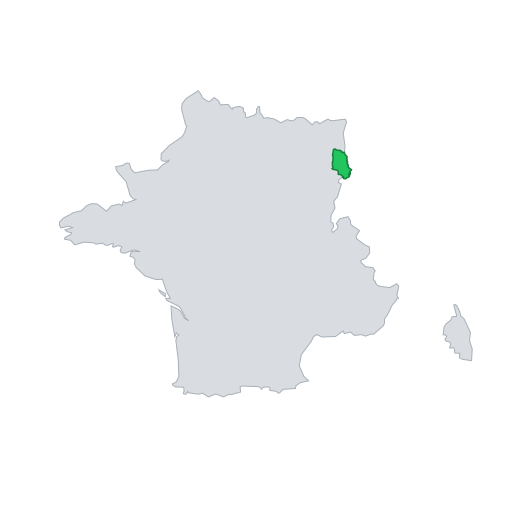 where Haute-Rhin sits in France, rotated 339°
{"feature_id": "FRA-5296", "entity_name": "Haute-Rhin", "entity_type": "Metropolitan department", "adm_level": 1, "iso_a3": "FRA", "parent_name": "France", "parent_adm1": "", "projection": "albers", "projection_center": [7.305, 47.86], "detail": "fine", "context": "in_parent", "style": "filled", "palette": "green", "viewbox_px": 512, "rotation_deg": 339, "n_neighbors": 0, "source": "natural_earth", "source_scale": "10m", "svg_char_len": 5695}
<svg xmlns="http://www.w3.org/2000/svg" viewBox="0 0 512 512"><g transform="rotate(339 256 256)"><path d="M376.4,209.8L373.5,211.4L371.7,214.7L369.8,215.5L366.5,215.5L364.8,213.4L360.8,214.7L359.1,216.9L361.5,219.4L353.3,230.0L348.2,232.7L347.0,239.6L340.8,244.7L338.4,250.1L338.2,251.2L339.7,253.0L339.0,256.6L335.8,258.8L335.8,261.1L336.7,261.4L341.5,259.7L343.4,257.6L342.5,254.7L347.3,251.3L355.9,252.2L356.8,256.9L355.7,260.8L361.8,269.4L356.4,273.4L356.1,276.0L361.6,284.6L365.1,288.2L363.2,294.0L357.2,297.7L353.4,297.3L351.8,298.3L352.0,300.1L354.5,305.3L361.0,308.7L361.9,312.7L360.1,314.1L357.1,320.0L358.4,323.0L357.9,324.3L358.5,326.3L360.2,328.3L369.3,333.4L377.5,332.4L378.5,335.3L373.5,343.1L373.8,346.6L371.3,346.7L370.8,347.9L365.7,350.5L357.4,358.3L353.6,360.6L352.0,364.6L349.7,366.8L337.7,371.2L335.5,370.1L329.7,370.1L326.1,367.2L319.3,365.3L317.1,361.0L310.7,360.1L310.4,357.3L301.3,359.6L288.7,355.3L284.4,351.1L280.7,352.0L277.2,355.4L263.0,364.3L257.1,374.0L257.5,385.6L260.4,391.4L251.9,390.1L246.8,391.5L245.3,393.8L233.5,390.2L228.9,392.3L227.7,392.0L226.3,389.5L220.7,386.4L221.7,384.5L221.0,382.8L215.6,381.0L213.6,382.5L211.8,379.0L196.8,372.5L194.3,372.4L192.9,377.5L183.0,376.5L181.6,375.4L175.2,375.9L168.9,370.4L161.2,370.6L157.1,365.1L152.7,364.3L146.7,361.1L143.9,359.4L143.7,357.9L141.6,359.9L139.3,359.1L138.9,358.4L140.7,355.8L141.4,352.6L133.8,349.3L132.0,346.8L132.1,345.5L136.5,344.9L140.8,340.9L146.2,325.1L150.9,306.2L153.2,302.8L155.7,302.1L154.0,299.2L151.3,302.4L154.7,285.0L158.8,272.1L164.6,278.2L165.9,280.7L166.9,288.8L170.2,292.4L168.2,289.0L167.0,278.3L165.8,275.2L156.7,265.3L156.6,263.3L160.9,264.8L159.8,258.1L160.3,244.2L154.4,242.2L145.4,235.2L140.0,223.9L139.7,219.9L141.9,215.9L140.7,213.1L138.2,211.0L140.8,207.7L142.7,207.5L149.4,210.4L144.2,206.4L134.9,206.4L131.5,204.7L131.1,202.2L134.0,199.3L131.2,196.9L126.0,196.7L125.4,195.8L127.3,193.7L126.1,192.7L121.7,193.0L119.4,192.0L117.5,189.1L110.8,187.6L109.5,185.8L100.6,181.5L90.7,180.6L88.7,175.0L83.2,171.6L84.6,170.1L90.8,169.5L92.2,168.2L88.2,165.5L87.0,163.1L94.9,163.8L91.7,161.0L84.0,160.0L83.5,156.7L85.0,153.7L89.8,151.6L101.4,150.1L109.4,151.2L115.6,148.4L121.4,148.2L126.5,150.7L132.6,160.7L138.8,157.4L147.4,158.6L148.9,161.1L151.7,157.3L153.4,159.9L164.0,160.3L161.7,158.4L160.2,154.4L161.4,140.2L157.3,129.3L156.4,125.5L157.1,122.3L163.2,123.6L168.5,122.8L170.8,124.1L170.7,130.7L172.5,134.8L186.7,137.5L194.8,140.3L202.1,137.3L208.7,136.2L209.3,135.4L205.6,135.4L202.3,133.4L202.0,131.6L204.2,126.6L214.6,121.8L229.5,118.2L233.5,115.3L238.1,109.7L237.3,108.2L239.1,92.3L241.6,87.3L247.3,83.9L261.3,81.0L262.7,86.2L262.5,89.0L265.9,93.7L267.6,95.2L273.8,93.1L276.5,97.4L277.1,102.2L284.3,104.5L286.2,110.7L287.6,109.4L292.2,109.9L294.3,110.5L297.2,113.3L296.2,117.0L297.4,118.8L296.0,122.1L296.8,123.6L305.3,123.9L307.9,122.5L309.2,119.1L311.8,117.2L312.8,117.8L311.0,124.1L312.1,125.7L312.6,130.3L315.8,130.7L322.0,134.5L327.1,140.6L333.7,139.8L338.8,143.2L344.2,141.5L349.2,143.4L351.0,145.2L355.6,153.6L359.2,151.9L361.8,152.9L362.6,155.3L372.3,153.9L374.1,156.3L376.1,157.2L388.4,160.2L388.6,163.3L381.5,172.4L378.5,185.1L376.4,189.6L375.6,192.9L376.2,195.1L375.8,198.6L374.3,206.9L375.2,209.3L376.4,209.8ZM426.3,380.2L425.7,385.4L427.7,389.1L428.8,404.2L425.0,411.5L424.5,420.4L419.7,431.0L411.8,426.5L409.4,424.0L411.4,419.9L406.8,417.8L407.9,413.9L407.3,412.0L404.2,411.8L404.0,410.8L406.3,407.8L406.2,405.9L403.1,403.7L402.5,401.6L405.4,399.2L404.0,397.1L402.4,396.7L406.2,389.7L408.9,387.6L414.9,385.6L417.3,383.0L421.3,384.2L421.9,383.6L423.0,372.7L424.3,372.5L425.6,373.9L426.3,380.2ZM157.9,258.6L156.7,261.6L153.4,255.8L153.2,252.8L157.9,258.6Z" fill="#d9dde1" stroke="#a8b0b8" stroke-width="1"/><path d="M375.5,190.8L375.5,191.1L375.3,191.8L375.4,193.3L376.4,195.1L376.5,196.2L376.3,196.6L375.6,197.3L375.5,197.8L375.5,198.4L375.5,198.5L375.3,198.9L375.3,199.1L375.1,199.2L375.0,199.4L375.0,199.5L375.0,199.9L375.1,200.5L375.1,200.9L374.8,201.1L374.6,201.3L374.3,202.4L374.2,202.9L374.5,204.2L374.5,204.8L374.4,205.0L374.0,205.4L373.9,205.7L374.0,206.4L374.1,206.8L374.1,207.0L374.5,207.2L374.8,207.6L375.4,208.7L375.5,208.9L375.7,209.0L375.8,209.2L375.9,209.6L375.7,210.0L374.8,210.4L374.3,210.7L374.1,210.8L373.2,211.6L373.3,211.6L373.7,211.9L373.8,211.9L373.8,212.3L373.7,212.5L373.2,212.5L373.1,212.8L373.3,213.1L373.3,213.3L373.2,213.4L372.9,213.7L372.5,213.7L372.3,213.6L372.2,213.5L371.8,213.4L371.6,213.4L371.6,213.7L371.7,213.9L371.8,214.0L371.9,214.3L371.9,214.7L371.7,214.8L371.4,215.3L370.9,215.5L370.7,215.6L369.7,215.5L369.0,215.5L368.4,215.6L367.5,216.0L367.3,216.1L367.1,216.0L367.0,215.9L366.9,215.7L366.1,215.4L365.6,215.1L365.5,214.5L365.9,213.5L365.3,213.6L365.0,213.5L365.1,213.1L365.2,212.8L365.2,212.6L365.2,212.4L365.2,212.2L365.1,211.9L365.0,211.6L364.8,211.3L363.5,209.8L363.2,209.7L362.9,209.6L362.7,209.6L362.3,209.5L362.1,209.3L362.1,209.0L362.1,208.8L362.2,208.7L362.6,208.1L362.7,207.8L362.8,207.6L362.9,207.4L363.0,207.1L363.0,206.9L363.0,206.6L362.9,205.8L362.8,205.4L362.5,205.0L362.1,204.6L358.8,202.6L358.6,202.4L358.5,202.2L358.4,201.6L358.7,201.6L359.4,201.2L359.6,201.0L359.8,200.8L359.8,200.4L359.7,200.1L359.6,199.9L359.6,199.6L359.6,199.4L360.0,198.6L360.2,198.1L360.3,197.8L360.3,197.5L360.4,197.0L360.5,196.7L360.6,196.3L361.5,195.2L361.8,194.8L362.3,194.0L363.0,192.1L363.6,191.4L363.7,191.1L363.7,190.7L363.6,190.4L363.5,190.2L363.4,189.9L363.4,189.7L363.6,189.3L366.6,184.3L367.9,184.4L368.6,184.7L368.9,185.9L372.8,187.8L373.0,188.1L372.9,188.5L372.8,189.0L372.9,189.4L373.2,189.7L373.6,189.7L373.9,189.8L374.2,190.6L374.6,190.8L375.5,190.8Z" fill="#22c55e" stroke="#15803d" stroke-width="1.5"/></g></svg>